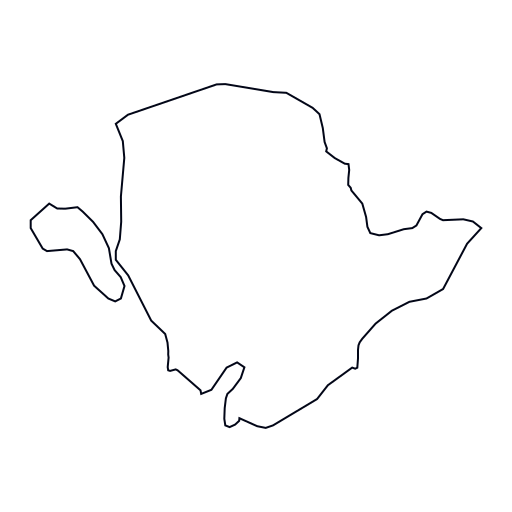 outline of Anglesey
{"feature_id": "GBR-2128", "entity_name": "Anglesey", "entity_type": "Unitary Authority (wales)", "adm_level": 1, "iso_a3": "GBR", "parent_name": "United Kingdom", "parent_adm1": "", "projection": "mercator", "projection_center": [-4.381, 53.278], "detail": "fine", "context": "isolated", "style": "outline", "palette": "ink", "viewbox_px": 512, "rotation_deg": 0, "n_neighbors": 0, "source": "natural_earth", "source_scale": "10m", "svg_char_len": 1514}
<svg xmlns="http://www.w3.org/2000/svg" viewBox="0 0 512 512"><path d="M443.0,220.2L463.3,219.3L472.9,221.5L481.3,228.1L467.1,243.7L443.1,289.0L426.5,298.5L409.4,301.8L391.9,310.7L375.6,323.6L362.3,338.7L359.7,342.3L358.5,345.3L358.0,349.9L358.0,358.4L357.3,367.7L355.2,368.7L352.2,367.6L327.9,385.2L317.1,399.0L273.0,425.4L265.7,427.9L257.2,426.2L239.4,418.2L239.2,420.8L235.1,424.6L229.6,427.1L225.3,425.4L224.3,418.8L224.7,408.1L225.9,398.3L227.4,393.9L232.8,388.9L240.8,378.1L244.4,367.3L237.1,362.4L226.6,367.6L211.4,389.8L201.2,393.9L200.5,390.3L177.6,370.3L175.7,369.4L170.1,370.9L168.2,370.3L167.7,367.1L168.6,357.6L168.2,354.5L168.3,351.1L167.5,342.6L165.2,334.0L151.2,320.6L128.2,275.4L115.8,259.8L115.8,251.1L119.8,239.4L121.2,221.8L120.9,196.5L124.3,157.9L122.8,141.1L115.8,123.8L128.0,114.7L216.6,84.4L225.3,84.1L273.2,92.1L286.3,92.8L312.7,107.9L319.5,114.2L322.8,128.1L324.6,142.0L326.9,148.3L326.2,151.4L334.8,158.1L344.8,163.7L348.5,164.1L349.2,170.0L348.4,177.9L348.2,184.9L350.7,187.8L351.4,190.5L362.3,203.6L366.1,217.0L367.4,226.8L370.3,233.1L379.1,235.3L387.9,234.2L403.8,229.2L412.3,228.1L416.4,225.5L422.5,214.2L426.5,211.6L431.3,212.9L440.0,218.9L443.0,220.2ZM111.5,263.7L114.6,270.1L120.7,277.1L124.5,286.0L120.9,298.5L115.2,301.4L108.3,298.5L94.1,285.7L80.0,259.2L73.2,251.1L67.1,249.4L47.0,251.1L42.7,248.6L30.7,228.1L30.7,220.2L49.2,203.6L57.2,208.5L65.2,208.7L77.5,207.2L82.7,211.6L93.1,221.9L102.4,234.2L108.9,248.2L111.5,263.7Z" fill="none" stroke="#020617" stroke-width="2"/></svg>